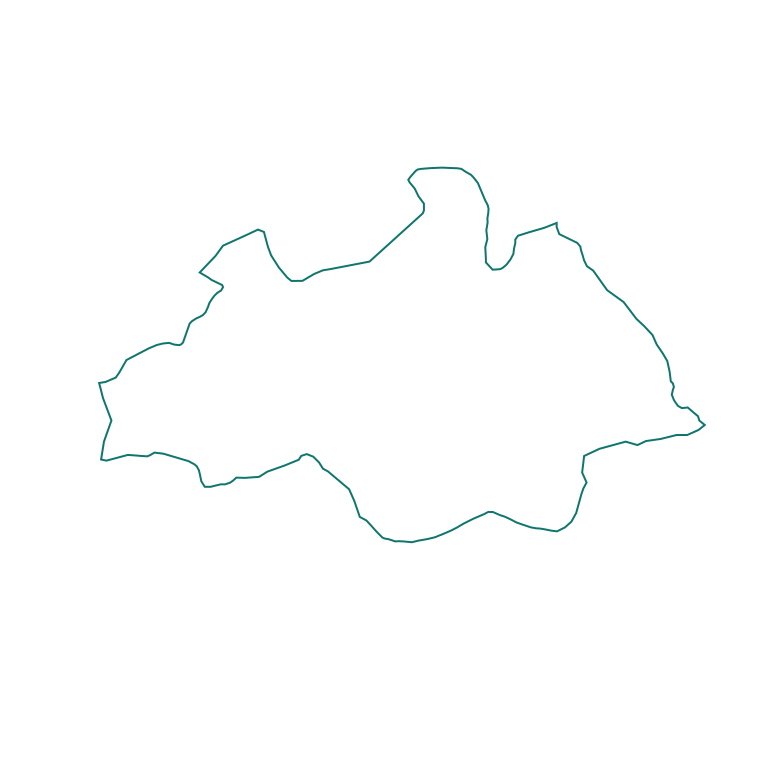 outline of Berbérati, Mambéré-Kadéï, Central African Republic, rotated 162°
{"feature_id": "33826404B29108379746580", "entity_name": "Berbérati", "entity_type": "district", "adm_level": 2, "iso_a3": "CAF", "parent_name": "Central African Republic", "parent_adm1": "Mambéré-Kadéï", "projection": "albers", "projection_center": [15.911, 4.294], "detail": "fine", "context": "isolated", "style": "outline", "palette": "teal", "viewbox_px": 768, "rotation_deg": 162, "n_neighbors": 0, "source": "geoboundaries", "source_scale": "gbopen_adm2", "svg_char_len": 2777}
<svg xmlns="http://www.w3.org/2000/svg" viewBox="0 0 768 768"><g transform="rotate(162 384 384)"><path d="M676.4,399.6L671.7,396.9L649.6,395.7L644.3,393.6L638.1,391.0L631.6,388.4L628.5,388.6L623.5,389.7L615.2,385.8L593.8,371.1L589.3,366.4L587.5,363.6L586.7,359.1L587.0,355.2L587.8,347.9L586.2,341.6L580.7,339.8L576.0,339.5L570.1,339.0L566.4,337.7L560.9,337.7L557.3,338.8L553.4,340.6L545.3,337.7L531.5,334.3L521.9,336.7L503.6,337.2L488.5,338.3L484.9,341.2L479.1,341.2L473.7,336.7L470.0,329.4L468.2,322.3L464.3,318.2L457.8,307.7L449.7,294.7L448.4,282.1L448.1,265.1L442.9,259.6L440.0,253.4L436.9,246.3L433.0,238.5L431.2,236.9L427.3,234.8L422.1,230.9L418.4,229.9L413.5,228.0L406.4,224.9L399.7,224.4L390.5,223.1L383.2,222.5L374.1,223.1L365.3,223.9L359.3,224.9L351.0,226.7L340.3,228.3L329.1,229.3L324.4,230.1L320.0,228.6L314.0,223.3L310.1,220.5L305.6,216.3L300.7,211.3L295.2,207.1L288.5,202.2L284.0,199.8L279.6,198.0L274.7,195.4L270.5,193.0L265.0,190.4L256.2,191.7L248.4,195.1L241.1,201.9L230.4,218.1L226.7,223.0L221.8,227.7L222.9,238.6L215.9,253.7L199.2,255.8L172.0,254.5L161.8,247.6L152.4,248.8L138.2,246.3L121.5,245.1L111.4,241.8L99.1,243.1L91.6,245.9L95.4,251.8L95.3,256.3L98.9,262.0L102.4,267.8L108.1,269.0L111.1,272.2L112.2,275.4L113.2,279.0L113.6,284.9L110.9,289.4L109.2,291.6L109.1,295.4L110.4,297.9L108.5,307.8L107.5,318.3L109.4,326.9L112.4,337.2L113.5,347.6L118.7,358.7L123.8,367.9L130.8,387.9L142.8,404.3L150.0,427.2L154.6,433.3L155.5,439.8L155.3,444.8L155.3,450.3L154.8,454.0L156.6,458.5L171.0,472.4L171.3,479.9L170.0,483.8L183.5,483.0L199.3,483.5L210.8,483.6L214.5,480.8L215.5,477.6L218.5,472.6L220.7,467.8L225.2,463.4L228.5,461.1L230.7,459.6L235.7,457.6L238.4,457.4L243.2,458.6L245.4,459.2L247.6,464.0L249.5,468.1L247.9,473.4L245.4,482.8L243.9,485.2L240.9,490.0L239.2,498.5L235.5,505.7L234.5,509.5L232.0,514.4L230.4,518.4L230.1,522.1L230.6,525.1L231.0,527.2L232.6,546.1L235.0,552.7L236.6,556.0L240.9,560.8L244.0,564.7L247.5,566.5L253.0,568.5L261.8,571.8L273.3,575.0L281.7,577.0L285.5,577.6L288.0,576.9L294.5,573.1L297.8,570.7L297.3,567.7L294.4,560.4L293.2,551.8L290.3,543.2L292.4,536.7L294.4,534.3L360.0,504.9L399.1,509.8L407.2,511.0L416.6,510.2L429.6,507.3L440.2,510.6L443.1,515.1L448.0,527.3L451.6,541.2L452.0,550.6L451.2,565.7L456.1,569.8L469.6,568.1L494.4,565.3L504.6,557.9L524.8,547.0L518.6,540.0L515.7,536.1L509.4,530.1L507.4,528.2L507.1,525.9L510.0,523.3L514.4,522.2L518.0,520.4L521.4,518.0L525.1,514.9L527.7,511.5L531.6,507.3L535.0,505.5L538.9,504.7L542.3,504.4L547.2,503.1L550.1,501.6L562.3,485.6L564.9,484.3L567.0,484.3L571.5,486.4L575.6,489.5L581.6,490.8L587.9,491.3L596.5,490.6L606.1,489.0L621.5,486.4L632.2,476.7L637.1,473.0L648.3,472.0L654.6,473.0L655.6,457.3L654.5,433.5L668.1,415.8L676.4,399.6Z" fill="none" stroke="#0f766e" stroke-width="2"/></g></svg>